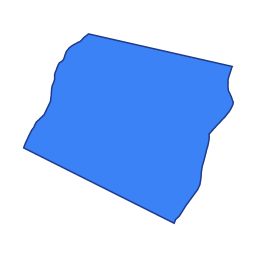 Martin, Choiseul, Saint Lucia (Robinson projection), rotated 10°
{"feature_id": "8701671B20776144053651", "entity_name": "Martin", "entity_type": "district", "adm_level": 2, "iso_a3": "LCA", "parent_name": "Saint Lucia", "parent_adm1": "Choiseul", "projection": "robinson", "projection_center": [-61.046, 13.789], "detail": "fine", "context": "isolated", "style": "filled", "palette": "blue", "viewbox_px": 256, "rotation_deg": 10, "n_neighbors": 0, "source": "geoboundaries", "source_scale": "gbopen_adm2", "svg_char_len": 2744}
<svg xmlns="http://www.w3.org/2000/svg" viewBox="0 0 256 256"><g transform="rotate(10 128 128)"><path d="M220.0,49.3L72.7,42.2L72.3,42.7L70.9,44.4L69.9,45.3L69.4,46.0L69.2,46.2L68.7,46.8L68.4,47.3L68.2,47.5L67.9,48.0L67.5,48.8L67.0,49.5L66.7,50.0L66.2,50.6L65.7,51.2L65.5,51.4L65.1,51.7L64.7,51.8L64.1,52.2L63.7,52.4L63.4,52.7L62.9,53.2L62.4,53.7L62.1,53.9L61.8,54.1L61.0,54.7L59.9,55.5L59.3,56.1L58.8,56.6L58.2,57.1L57.5,57.8L57.2,58.2L56.6,58.9L56.2,59.4L55.8,60.0L55.5,60.8L54.4,62.6L54.0,63.3L53.8,64.1L53.8,64.6L53.7,65.0L53.6,65.5L53.4,66.4L53.3,67.4L53.2,68.1L53.1,69.1L53.0,69.7L52.9,70.2L52.6,71.6L52.3,72.3L51.8,73.1L51.0,74.1L50.8,74.4L50.4,74.5L49.9,75.0L49.4,75.4L49.1,75.8L48.9,76.4L48.3,78.0L48.2,78.3L48.0,79.6L47.7,80.6L47.7,80.8L47.5,81.6L47.5,82.0L47.4,82.8L47.1,84.2L47.0,84.6L46.8,85.2L46.7,86.0L46.6,86.4L46.6,87.1L46.5,87.9L46.6,89.0L46.8,90.2L46.9,90.6L47.1,91.7L47.1,92.1L47.2,92.8L47.3,93.7L47.1,94.3L47.1,94.6L46.8,96.1L46.6,97.1L46.5,97.7L46.2,98.6L46.1,99.2L46.1,99.6L46.1,100.1L46.1,100.4L46.0,100.7L46.0,101.0L46.0,101.3L46.0,102.3L46.1,103.6L46.2,104.2L46.2,104.7L46.3,105.6L46.4,106.7L46.6,108.2L46.8,109.6L46.8,110.6L46.8,111.5L46.8,112.4L46.8,112.9L46.9,113.3L47.0,114.6L47.1,115.0L46.9,115.8L43.1,129.4L42.7,129.9L42.1,130.7L41.9,131.1L41.6,131.6L40.9,132.5L40.6,132.9L40.0,133.6L39.3,134.6L38.7,135.7L38.4,135.9L37.9,136.5L37.6,136.9L37.2,137.4L36.9,137.8L36.7,138.2L36.4,138.9L36.2,139.6L35.8,140.9L35.2,143.5L34.6,144.8L34.3,145.5L33.8,146.3L33.5,146.9L33.4,147.3L33.3,147.8L33.0,148.4L32.7,149.5L32.6,149.9L32.4,150.7L32.1,151.5L31.8,152.5L31.6,153.3L31.3,154.4L31.1,155.5L30.8,156.5L30.4,157.7L30.3,158.2L30.2,158.6L29.9,159.7L29.7,160.4L29.6,161.0L29.5,161.4L29.1,163.4L28.7,165.7L29.0,165.8L190.0,213.8L190.8,209.8L193.8,205.9L198.6,194.1L207.2,176.7L208.6,171.6L208.6,165.8L208.4,163.2L208.2,161.5L208.0,160.4L207.9,158.3L207.9,157.2L207.8,155.9L207.8,153.9L207.8,152.3L208.0,151.0L208.1,149.5L208.4,147.2L208.9,140.3L209.1,138.7L209.1,137.0L209.3,135.0L209.6,133.0L209.7,131.1L209.8,129.3L209.8,127.0L209.8,125.0L209.6,123.6L209.5,122.2L209.2,121.1L208.9,119.5L209.4,119.1L209.8,118.5L210.4,117.5L211.4,115.9L212.1,114.6L213.0,113.3L214.0,111.7L215.7,108.9L217.3,106.8L218.4,104.9L219.6,103.0L220.5,101.8L221.3,100.7L222.0,99.4L222.8,97.9L223.4,96.7L224.4,95.1L225.0,93.6L225.7,91.9L225.9,91.4L226.2,90.4L226.5,89.5L226.8,88.4L227.0,87.5L227.3,86.1L227.2,85.0L227.1,84.2L226.8,83.6L226.3,83.0L225.8,82.2L225.4,81.3L224.8,80.2L224.1,78.9L223.2,77.8L222.4,76.5L220.8,74.5L220.0,72.6L219.6,71.2L219.2,69.5L218.9,67.7L218.7,65.9L218.2,63.7L218.2,61.7L218.4,59.4L218.7,57.7L218.9,56.3L219.1,54.9L219.3,53.4L219.5,51.7L219.8,50.0L220.0,49.3Z" fill="#3b82f6" stroke="#1e3a8a" stroke-width="1.5"/></g></svg>